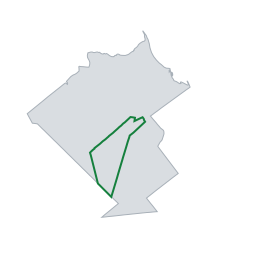 location of Ouadane, Adrar, Mauritania, rotated 142°
{"feature_id": "47542326B44927668035814", "entity_name": "Ouadane", "entity_type": "district", "adm_level": 2, "iso_a3": "MRT", "parent_name": "Mauritania", "parent_adm1": "Adrar", "projection": "orthographic", "projection_center": [-9.881, 22.386], "detail": "fine", "context": "in_parent", "style": "outline", "palette": "green", "viewbox_px": 256, "rotation_deg": 142, "n_neighbors": 0, "source": "geoboundaries", "source_scale": "gbopen_adm2", "svg_char_len": 3854}
<svg xmlns="http://www.w3.org/2000/svg" viewBox="0 0 256 256"><g transform="rotate(142 128 128)"><path d="M111.1,211.0L110.8,210.9L109.4,209.9L108.8,208.7L107.7,207.9L106.2,207.3L105.2,206.6L104.8,205.8L104.2,205.3L103.7,205.1L103.6,204.8L103.7,204.5L103.6,203.8L102.8,202.3L101.9,201.5L101.2,201.6L100.9,201.5L100.6,201.1L100.5,200.6L100.1,200.2L99.2,200.0L98.6,198.9L98.1,196.8L97.5,195.2L96.7,194.0L96.1,193.6L95.7,193.5L95.6,193.3L95.5,193.0L94.9,192.9L94.0,193.2L93.2,193.1L92.8,192.5L92.3,192.4L91.6,192.9L90.8,192.7L90.0,192.0L89.6,191.2L89.5,190.5L88.1,189.0L85.4,186.8L82.4,185.7L79.2,185.7L77.4,185.6L77.0,185.2L76.6,185.2L76.2,185.6L75.8,185.7L75.3,185.4L75.0,185.6L74.9,186.1L73.7,186.4L71.6,186.3L69.8,186.6L68.5,187.2L66.6,187.4L64.1,187.2L62.7,186.9L62.2,186.5L61.5,186.4L60.6,186.6L59.7,187.6L58.9,189.5L58.3,190.5L57.8,190.8L57.3,192.2L56.9,194.6L56.5,195.6L56.7,189.6L57.4,187.4L57.7,185.5L59.4,181.2L61.3,177.7L63.0,173.1L63.8,168.5L63.8,164.1L63.4,160.1L62.7,157.4L62.0,153.5L60.9,151.5L58.8,149.6L58.4,148.6L58.9,148.2L60.2,148.0L61.1,146.7L59.3,147.1L61.5,143.0L62.3,140.2L62.2,138.3L62.7,137.1L61.2,134.6L60.1,131.3L59.5,130.8L58.9,130.5L58.8,131.3L58.5,131.9L57.7,131.5L56.5,129.1L54.8,125.3L54.2,124.9L53.6,125.3L53.3,125.8L52.5,128.9L52.4,127.7L52.7,126.2L53.2,124.4L53.9,122.0L55.5,122.0L58.3,122.2L64.0,122.4L66.9,122.5L72.6,122.7L75.4,122.8L81.1,123.0L84.0,123.1L89.7,123.3L92.6,123.3L98.3,123.5L101.1,123.5L103.0,123.6L102.9,121.8L102.9,120.4L102.8,118.5L102.7,116.6L102.6,114.7L102.6,112.9L102.5,111.1L102.4,109.5L102.4,108.0L102.2,107.1L101.7,105.3L101.6,104.5L101.7,103.6L102.2,102.7L103.3,101.2L105.0,100.0L106.9,98.7L108.4,97.7L109.2,97.4L111.5,97.1L113.3,96.3L115.1,95.6L115.8,95.2L115.9,93.7L116.4,61.3L125.0,61.4L127.2,61.4L143.0,61.5L145.2,61.5L156.6,61.4L156.6,59.9L156.6,57.7L156.6,54.7L156.5,51.7L156.5,46.4L156.5,44.1L158.7,45.6L163.3,48.5L165.5,50.0L170.1,52.9L174.6,55.7L179.2,58.6L181.5,60.0L183.8,61.5L186.1,62.9L188.4,64.3L193.1,67.2L195.0,68.4L198.0,70.3L200.8,72.0L203.6,73.8L199.4,74.0L193.7,74.1L189.8,74.2L185.9,74.3L182.1,74.4L182.5,77.5L183.0,80.8L183.4,84.1L183.8,87.5L184.2,90.8L185.5,100.8L186.0,104.1L186.4,107.4L186.8,110.7L187.3,114.1L188.1,120.7L188.6,124.1L189.0,127.4L189.4,130.7L189.9,134.0L190.3,137.4L191.2,144.0L191.6,147.3L192.0,150.6L192.5,154.0L192.9,157.3L193.3,160.6L193.8,163.9L194.2,167.2L195.1,173.9L195.5,177.2L196.0,180.5L196.4,183.8L196.8,187.0L198.4,188.7L200.4,190.7L199.9,193.7L199.3,197.3L198.6,201.3L193.3,201.4L188.0,201.5L174.8,201.8L172.2,201.9L159.0,202.0L156.4,202.0L151.3,202.1L149.8,202.0L149.2,201.7L149.0,199.7L148.6,199.8L148.1,200.4L147.8,201.0L147.9,201.9L147.8,202.6L146.1,202.9L143.8,203.3L141.4,203.7L139.0,203.6L138.1,203.4L137.3,203.1L135.3,202.8L134.3,202.8L133.1,202.9L131.6,203.0L131.2,203.4L130.1,204.9L129.0,206.6L128.4,206.6L127.6,205.7L125.5,203.8L123.0,201.4L121.8,200.3L121.2,200.1L120.0,200.9L119.0,201.7L117.9,202.9L117.4,204.0L117.0,205.3L116.8,206.8L116.4,208.6L115.5,210.0L114.4,211.1L113.6,211.6L113.3,211.9L111.1,211.0ZM60.3,144.0L59.5,145.3L59.2,144.8L59.1,143.9L59.8,142.7L60.2,142.1L60.8,141.9L60.3,144.0Z" fill="#d9dde1" stroke="#a8b0b8" stroke-width="1"/><path d="M109.9,127.5L111.9,128.0L116.3,129.0L118.6,129.5L116.2,131.8L117.7,133.5L118.6,134.4L119.3,135.1L127.1,134.4L129.1,134.5L131.8,134.1L134.4,134.1L136.0,133.9L137.4,133.8L140.7,133.6L142.8,133.4L144.1,133.4L145.1,133.4L148.0,133.4L148.7,133.2L149.7,133.2L152.6,133.0L153.9,133.0L156.0,133.1L158.5,132.9L159.7,132.8L162.2,132.8L163.7,132.8L166.8,132.8L167.1,132.4L169.4,132.4L173.1,132.0L174.1,129.4L185.9,102.8L183.6,84.0L177.9,88.0L167.3,95.5L164.3,97.7L157.3,102.7L152.2,106.3L150.3,107.7L141.3,114.0L136.7,117.3L132.6,120.0L131.3,121.0L126.6,121.0L110.7,122.4L110.5,124.3L110.0,125.4L109.9,126.6L109.9,127.5Z" fill="none" stroke="#15803d" stroke-width="2"/></g></svg>